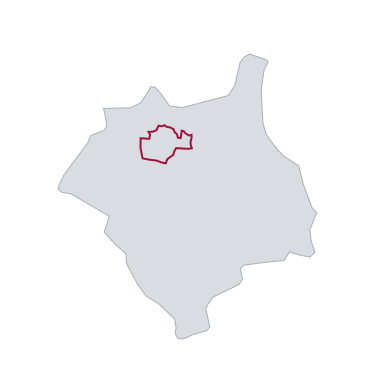 location of Uroševac within Kosovo, rotated 191°
{"feature_id": "KOS-5913", "entity_name": "Uroševac", "entity_type": "District", "adm_level": 1, "iso_a3": "XKX", "parent_name": "Kosovo", "parent_adm1": "", "projection": "mercator", "projection_center": [21.096, 42.361], "detail": "fine", "context": "in_parent", "style": "outline", "palette": "rose", "viewbox_px": 384, "rotation_deg": 191, "n_neighbors": 0, "source": "natural_earth", "source_scale": "10m", "svg_char_len": 1544}
<svg xmlns="http://www.w3.org/2000/svg" viewBox="0 0 384 384"><g transform="rotate(191 192 192)"><path d="M108.2,136.4L127.3,130.1L130.0,125.7L125.7,116.2L128.2,110.2L151.0,93.2L154.8,85.5L156.2,79.4L153.1,73.0L148.8,62.9L150.9,58.7L162.8,52.9L172.4,46.1L178.1,45.6L181.7,50.4L181.7,55.5L184.8,64.0L191.9,68.6L203.7,76.1L217.4,81.2L228.2,91.4L242.8,109.6L245.0,118.6L258.2,126.6L270.5,135.7L268.6,152.4L310.2,167.0L319.6,166.9L324.1,169.4L324.0,173.2L320.7,184.9L303.6,220.7L302.2,228.2L289.9,235.9L288.2,240.4L291.7,250.3L294.9,257.2L294.7,257.1L268.4,262.9L259.5,269.7L254.3,281.5L252.6,287.6L248.0,287.8L240.3,281.7L230.5,272.2L217.8,272.9L174.7,293.7L170.4,304.5L169.5,328.1L166.5,334.4L161.9,338.4L144.1,335.9L142.2,334.4L144.5,325.3L143.6,305.6L135.5,272.9L129.8,262.2L118.0,251.5L108.8,244.5L92.3,238.2L83.9,220.2L71.3,199.6L65.2,194.9L66.2,192.9L69.1,177.4L65.5,166.1L59.9,156.4L63.7,150.6L75.3,150.7L84.9,151.7L88.4,142.5L108.2,136.4Z" fill="#d9dde1" stroke="#a8b0b8" stroke-width="1"/><path d="M225.7,251.2L222.2,250.2L220.6,247.5L217.8,245.9L216.3,242.7L213.5,242.7L213.5,247.0L213.9,250.2L211.9,250.2L209.2,248.1L205.5,246.9L203.4,248.0L202.7,245.1L203.0,241.9L202.5,238.6L200.5,234.8L204.3,233.6L211.6,232.6L215.9,232.1L217.1,228.9L217.5,224.7L219.8,222.5L222.6,219.3L223.3,215.1L226.9,215.1L232.8,216.1L239.9,215.6L246.9,215.6L250.9,225.2L252.7,235.0L244.1,236.0L244.1,240.2L246.1,242.7L241.8,243.8L238.7,245.9L237.5,250.7L234.7,250.7L231.6,252.3L229.6,251.2L225.7,251.2Z" fill="none" stroke="#9f1239" stroke-width="2"/></g></svg>